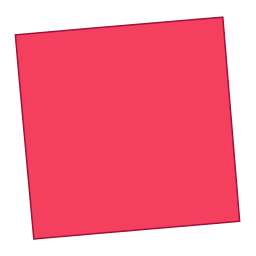 Jewell, Kansas, United States of America (orthographic projection), rotated 175°
{"feature_id": "52423323B48788445659830", "entity_name": "Jewell", "entity_type": "district", "adm_level": 2, "iso_a3": "USA", "parent_name": "United States of America", "parent_adm1": "Kansas", "projection": "orthographic", "projection_center": [-98.177, 39.785], "detail": "fine", "context": "isolated", "style": "filled", "palette": "rose", "viewbox_px": 256, "rotation_deg": 175, "n_neighbors": 0, "source": "geoboundaries", "source_scale": "gbopen_adm2", "svg_char_len": 447}
<svg xmlns="http://www.w3.org/2000/svg" viewBox="0 0 256 256"><g transform="rotate(175 128 128)"><path d="M23.9,230.1L30.4,230.2L150.3,230.6L232.1,230.6L232.1,189.7L231.5,25.6L217.0,25.7L203.3,25.7L201.7,25.6L189.8,25.7L188.9,25.6L182.1,25.6L179.5,25.6L171.0,25.7L155.7,25.6L150.3,25.6L144.8,25.6L142.2,25.6L137.1,25.5L116.7,25.6L110.2,25.5L108.1,25.5L30.0,25.4L24.9,25.4L23.9,230.1Z" fill="#f43f5e" stroke="#9f1239" stroke-width="1.5"/></g></svg>